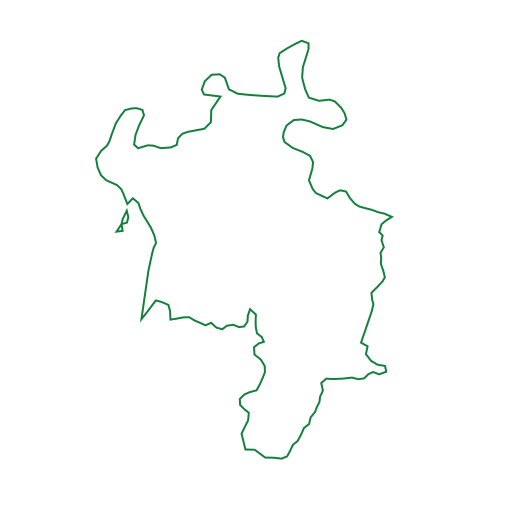 Campos Borges, Rio Grande do Sul, Brazil (Mercator projection), rotated 80°
{"feature_id": "56859067B64175981570614", "entity_name": "Campos Borges", "entity_type": "district", "adm_level": 2, "iso_a3": "BRA", "parent_name": "Brazil", "parent_adm1": "Rio Grande do Sul", "projection": "mercator", "projection_center": [-53.06, -28.908], "detail": "fine", "context": "isolated", "style": "outline", "palette": "green", "viewbox_px": 512, "rotation_deg": 80, "n_neighbors": 0, "source": "geoboundaries", "source_scale": "gbopen_adm2", "svg_char_len": 2788}
<svg xmlns="http://www.w3.org/2000/svg" viewBox="0 0 512 512"><g transform="rotate(80 256 256)"><path d="M241.1,115.4L236.4,122.5L234.1,128.0L230.7,133.8L227.4,141.1L225.1,145.8L221.8,149.5L215.6,153.3L208.1,156.2L205.9,161.8L207.3,167.0L211.7,175.7L204.6,185.9L200.0,188.5L190.7,190.7L179.4,185.2L173.4,183.5L166.8,185.4L161.6,191.9L156.0,201.0L148.7,208.1L143.6,208.8L138.9,207.2L132.8,203.2L128.7,195.2L129.5,187.3L132.8,179.6L140.6,167.9L144.3,158.1L142.3,148.3L137.5,143.3L131.1,143.9L124.8,146.4L117.5,151.5L114.8,156.4L114.1,167.0L109.2,176.5L99.9,178.7L88.4,179.6L78.1,177.0L68.1,171.8L61.5,168.4L55.7,167.3L52.0,173.6L53.9,180.4L56.7,188.7L60.3,197.4L64.5,199.7L73.3,200.3L86.7,198.8L96.0,197.7L100.9,199.9L102.8,207.1L99.1,223.1L96.0,235.4L93.0,245.9L87.2,253.7L75.0,255.7L70.8,260.1L69.8,268.2L75.0,276.1L82.8,280.5L87.9,279.2L92.8,263.3L104.5,274.7L116.4,277.2L121.7,284.7L121.9,301.4L122.8,307.3L126.5,312.3L132.8,314.8L134.3,320.7L133.3,331.0L129.5,338.0L128.2,343.3L129.4,353.4L125.1,356.7L115.8,353.6L106.9,348.3L98.0,341.9L92.4,342.5L89.6,348.1L89.1,353.4L89.6,359.7L94.5,365.0L100.9,370.9L111.4,377.1L117.7,380.5L121.6,383.7L125.5,390.2L132.4,396.6L141.5,396.6L149.6,394.6L155.3,390.5L162.1,380.5L166.8,377.1L172.1,375.7L182.5,373.7L177.8,367.3L183.6,362.5L189.2,361.8L196.6,359.8L202.4,357.5L209.5,354.7L218.3,352.5L225.9,352.2L229.8,355.2L235.6,357.9L251.8,364.5L298.3,379.8L292.7,373.4L287.2,367.6L282.4,362.3L284.7,357.3L288.9,350.8L295.2,350.2L303.8,351.3L303.9,344.2L303.8,338.5L304.7,332.4L308.9,327.6L312.3,322.4L315.5,317.8L314.0,311.8L319.6,307.5L322.3,302.0L319.6,296.8L319.8,290.3L323.1,285.0L323.3,279.9L319.2,275.8L313.3,274.4L307.4,271.1L313.6,266.3L319.6,267.6L325.3,268.5L332.3,268.5L336.8,264.4L341.9,263.2L342.6,268.5L345.5,273.8L352.8,274.6L358.9,269.2L366.0,266.5L372.1,267.4L377.5,270.8L383.3,274.7L388.4,278.8L389.0,285.9L390.4,291.6L394.0,296.8L399.9,297.5L404.8,294.1L409.2,290.3L416.5,292.3L421.7,296.2L428.5,301.1L444.7,300.0L446.6,290.9L451.5,286.3L456.1,281.9L457.8,273.3L460.0,266.0L458.7,260.1L453.7,256.2L448.3,252.4L445.4,247.1L439.5,242.5L433.7,238.6L430.7,232.9L424.4,230.2L419.9,225.0L414.9,222.0L410.9,218.9L405.8,217.4L400.2,213.5L392.4,213.8L389.0,208.1L390.6,201.3L391.9,191.2L392.4,182.7L395.1,176.6L395.3,170.7L391.9,165.9L390.6,160.8L393.9,155.3L392.6,147.8L386.7,148.0L384.1,155.3L379.2,160.9L371.7,164.8L364.3,161.8L359.6,167.6L330.7,151.7L323.8,148.7L319.2,149.2L312.3,148.7L307.0,141.1L303.0,135.8L299.4,132.8L292.8,133.2L285.4,134.4L279.6,133.0L274.5,132.8L269.6,128.6L262.3,129.7L257.8,127.7L253.9,130.5L246.6,126.9L243.7,121.9L241.1,115.4ZM201.2,382.9L200.7,377.3L195.6,375.0L189.0,375.4L196.5,380.9L201.2,382.9ZM201.2,382.9L207.8,389.1L208.1,383.0L201.2,382.9Z" fill="none" stroke="#15803d" stroke-width="2"/></g></svg>